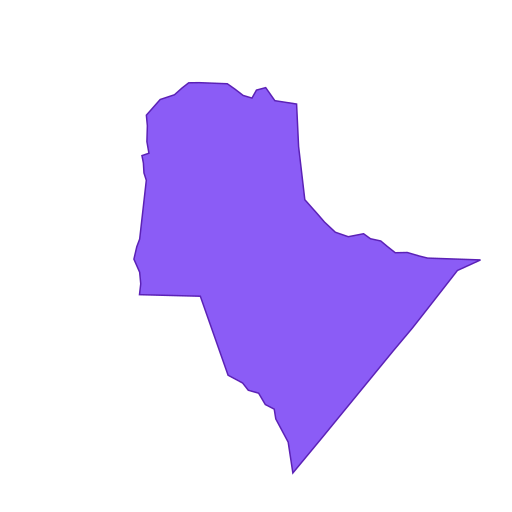 Santa Cruz da Baixa Verde, Pernambuco, Brazil, rotated 310°
{"feature_id": "56859067B75266900672705", "entity_name": "Santa Cruz da Baixa Verde", "entity_type": "district", "adm_level": 2, "iso_a3": "BRA", "parent_name": "Brazil", "parent_adm1": "Pernambuco", "projection": "robinson", "projection_center": [-38.169, -7.844], "detail": "fine", "context": "isolated", "style": "filled", "palette": "violet", "viewbox_px": 512, "rotation_deg": 310, "n_neighbors": 0, "source": "geoboundaries", "source_scale": "gbopen_adm2", "svg_char_len": 872}
<svg xmlns="http://www.w3.org/2000/svg" viewBox="0 0 512 512"><g transform="rotate(310 256 256)"><path d="M151.5,191.6L189.4,239.2L146.7,311.3L150.1,327.4L148.2,336.4L152.6,346.2L148.2,358.6L150.4,368.4L143.9,375.9L134.1,400.3L113.5,423.7L159.4,423.4L271.6,422.1L292.9,422.1L301.2,422.1L317.3,421.6L374.4,419.6L397.3,430.5L364.7,388.8L360.9,381.0L355.9,369.6L348.0,360.6L347.7,350.0L347.7,341.9L342.8,332.6L342.2,324.1L330.1,314.3L325.2,301.5L326.0,286.6L327.4,278.1L330.5,257.2L367.2,218.3L398.5,189.4L387.1,170.6L391.2,155.2L383.4,149.7L374.4,151.4L370.7,142.9L370.3,132.6L369.5,123.3L352.3,101.1L345.4,93.1L336.9,91.3L327.1,89.9L314.3,82.0L293.4,81.5L285.9,89.1L273.5,98.9L265.9,107.9L259.6,104.1L254.8,110.0L247.6,116.8L243.5,123.3L194.2,156.0L186.5,158.7L175.1,164.5L168.8,177.3L160.6,185.6L151.5,191.6Z" fill="#8b5cf6" stroke="#5b21b6" stroke-width="1.5"/></g></svg>